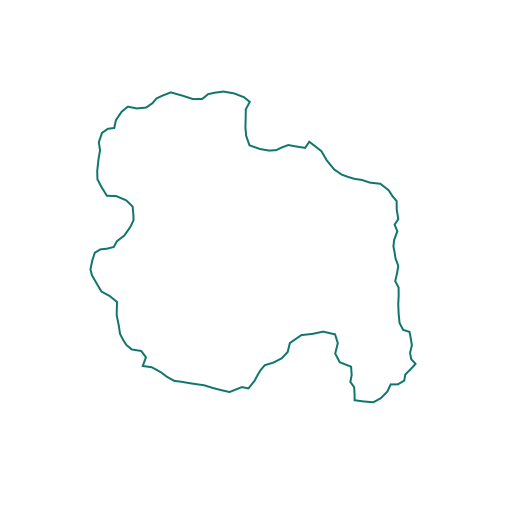 outline of Senador Firmino, Minas Gerais, Brazil, rotated 110°
{"feature_id": "56859067B42081947942118", "entity_name": "Senador Firmino", "entity_type": "district", "adm_level": 2, "iso_a3": "BRA", "parent_name": "Brazil", "parent_adm1": "Minas Gerais", "projection": "orthographic", "projection_center": [-43.103, -20.899], "detail": "fine", "context": "isolated", "style": "outline", "palette": "teal", "viewbox_px": 512, "rotation_deg": 110, "n_neighbors": 0, "source": "geoboundaries", "source_scale": "gbopen_adm2", "svg_char_len": 1950}
<svg xmlns="http://www.w3.org/2000/svg" viewBox="0 0 512 512"><g transform="rotate(110 256 256)"><path d="M113.3,314.5L110.9,321.6L110.7,332.2L112.6,342.8L116.6,350.5L120.3,356.4L126.8,360.2L130.1,368.8L130.5,380.0L131.4,392.0L137.4,398.9L142.0,403.4L147.7,405.5L154.1,410.0L158.1,418.5L159.5,427.5L166.3,431.6L176.2,434.1L184.2,433.0L187.1,438.7L193.0,442.8L202.9,442.6L210.0,438.7L218.4,437.2L230.4,434.3L238.2,431.2L243.7,425.2L250.4,416.7L247.5,407.9L248.1,396.9L251.8,388.8L258.6,385.6L264.3,383.3L271.5,384.0L281.7,386.7L289.6,391.7L296.2,392.8L300.2,398.7L303.0,404.5L308.1,408.6L316.4,408.3L325.1,407.0L330.1,403.7L336.4,396.2L342.3,389.0L343.6,380.0L346.7,370.9L359.2,366.7L368.4,361.1L375.6,357.2L380.2,352.3L384.0,347.3L386.3,340.6L384.5,331.4L388.8,324.8L398.1,324.8L396.2,316.0L397.7,305.9L400.0,298.2L401.3,290.1L399.6,282.7L398.5,276.4L397.1,269.4L395.2,260.4L394.8,251.6L394.1,244.2L392.9,234.4L388.2,229.1L384.0,224.4L383.0,217.8L373.5,214.6L367.4,213.8L361.5,212.6L355.6,210.4L350.3,203.3L343.4,196.9L335.4,193.4L326.2,194.4L314.8,186.3L310.0,176.5L304.1,167.0L302.6,154.9L310.0,149.3L320.6,148.2L327.2,140.9L327.5,128.8L335.1,125.4L342.0,124.3L345.7,118.9L351.9,116.2L357.8,114.0L355.9,105.2L353.3,95.7L347.0,90.1L338.4,86.2L330.6,85.5L328.1,78.8L322.4,74.1L316.3,75.2L309.1,71.8L302.8,69.2L299.9,74.8L294.4,78.1L286.6,79.0L280.1,82.6L274.8,85.8L275.1,92.5L269.8,98.2L261.3,102.3L252.5,105.9L244.7,108.3L236.9,111.2L232.0,116.6L224.3,117.5L216.7,118.9L210.8,123.9L205.2,127.0L199.9,130.2L193.4,131.7L184.5,131.6L179.1,136.5L172.7,134.9L164.1,139.7L156.3,142.6L153.1,148.2L148.8,153.9L145.6,163.8L148.1,174.1L148.3,182.5L149.8,189.6L150.2,196.6L150.2,203.4L147.9,212.2L141.9,222.3L135.1,230.4L132.7,237.9L130.4,245.0L137.6,246.8L139.3,255.5L140.7,263.6L145.2,268.9L149.6,273.2L152.5,279.8L154.1,289.0L154.2,300.0L146.5,306.3L138.9,309.9L128.4,313.4L121.6,315.8L113.3,314.5Z" fill="none" stroke="#0f766e" stroke-width="2"/></g></svg>